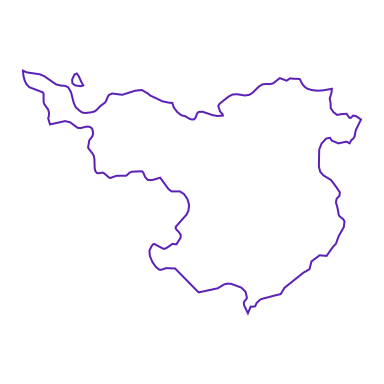 the Autonomous Community of Gerona
{"feature_id": "ESP-5820", "entity_name": "Gerona", "entity_type": "Autonomous Community", "adm_level": 1, "iso_a3": "ESP", "parent_name": "Spain", "parent_adm1": "", "projection": "orthographic", "projection_center": [2.529, 42.07], "detail": "fine", "context": "isolated", "style": "outline", "palette": "violet", "viewbox_px": 384, "rotation_deg": 0, "n_neighbors": 0, "source": "natural_earth", "source_scale": "10m", "svg_char_len": 2915}
<svg xmlns="http://www.w3.org/2000/svg" viewBox="0 0 384 384"><path d="M23.0,70.7L26.9,72.4L39.9,74.3L44.3,76.2L56.1,84.4L61.0,85.6L64.9,85.8L68.2,87.3L71.0,92.1L73.7,102.8L75.7,107.2L79.8,110.9L82.4,112.6L85.2,113.0L90.7,112.4L94.2,111.6L96.6,110.0L100.2,106.2L105.2,102.4L106.2,100.7L107.9,96.5L108.9,95.0L112.2,93.5L122.2,94.8L135.2,90.7L141.8,90.0L147.7,93.4L150.2,95.5L162.4,101.3L169.0,102.7L172.3,102.9L173.8,107.5L177.2,112.0L181.2,115.2L185.1,116.2L189.4,118.7L191.7,119.5L193.9,119.4L195.4,118.0L197.1,113.4L198.7,111.9L202.8,111.8L212.5,115.1L217.2,116.0L222.8,115.6L222.7,114.4L220.1,111.5L218.2,106.0L219.8,103.5L228.7,96.5L232.4,94.6L236.7,94.2L245.0,95.5L249.4,94.8L252.7,92.6L259.1,86.4L262.4,84.4L265.8,84.0L269.4,84.1L272.9,83.5L279.8,78.1L286.6,80.7L290.2,78.3L292.5,78.7L298.6,78.9L300.0,79.3L301.4,82.4L303.0,85.0L305.1,87.2L307.6,88.8L312.0,90.1L317.3,90.7L322.8,90.4L331.9,88.8L331.5,92.6L329.7,98.7L330.6,103.2L330.7,108.1L333.4,112.1L337.0,114.9L341.7,114.1L346.6,113.8L349.4,117.8L350.9,117.8L353.1,115.6L355.9,116.1L361.0,119.5L356.1,129.5L355.3,132.3L354.6,136.6L353.1,138.7L351.2,140.3L349.6,143.3L346.3,141.6L338.5,143.4L331.8,140.6L330.0,137.8L326.1,138.6L321.6,143.5L319.2,149.6L319.0,159.8L318.9,166.7L320.2,171.8L323.6,175.5L330.9,179.9L335.0,185.3L339.8,192.2L339.5,195.8L336.7,198.6L335.9,202.3L337.2,206.8L338.4,212.7L338.6,214.6L339.4,216.1L343.4,219.4L344.5,221.5L343.8,227.1L338.6,236.3L336.0,243.6L332.6,247.3L326.6,255.9L319.6,255.3L311.5,261.4L309.5,269.2L303.4,272.7L284.5,287.8L280.7,294.1L273.9,295.7L268.8,297.1L263.3,298.5L261.0,299.2L260.0,299.8L256.7,302.9L256.1,304.1L255.2,306.2L253.2,306.7L250.7,306.6L247.9,313.3L244.1,305.3L243.8,302.7L244.4,301.4L246.4,299.0L246.9,297.6L245.5,291.7L241.3,287.6L231.4,283.9L227.7,283.6L224.3,284.3L217.7,288.3L198.6,292.4L175.1,268.5L166.2,268.1L161.1,269.8L159.4,269.7L155.9,267.0L152.4,262.0L149.9,256.1L149.4,250.8L151.3,246.6L152.9,244.5L154.1,243.9L163.7,248.9L166.0,248.3L172.5,243.9L176.4,244.3L180.6,237.8L180.7,234.8L178.5,231.6L176.7,230.0L175.7,228.4L175.8,226.7L186.3,214.9L188.4,210.9L189.1,204.9L187.4,199.0L184.0,194.1L179.9,191.4L171.6,191.4L168.6,189.2L160.2,177.7L152.0,180.1L147.9,180.0L145.1,177.0L143.4,172.8L142.1,171.3L131.8,171.7L129.4,172.8L127.0,175.1L126.1,175.7L116.5,175.8L110.2,178.0L109.1,177.6L103.6,172.9L102.1,172.6L98.4,173.3L96.8,172.9L95.4,171.1L94.7,168.4L94.4,159.2L93.8,155.9L92.7,153.8L88.4,148.3L88.1,147.2L89.3,140.3L92.2,136.5L93.0,134.3L92.9,131.4L92.4,129.6L91.8,128.3L90.8,127.5L89.5,126.8L86.6,126.6L80.5,128.1L77.5,127.8L70.2,122.3L65.1,121.1L50.0,124.4L48.2,118.4L48.8,116.1L49.0,113.9L48.8,111.7L48.1,109.5L44.5,104.5L43.6,102.3L43.6,94.0L42.8,92.3L29.3,87.2L26.4,84.1L24.5,80.1L23.4,75.5L23.0,70.7ZM76.8,73.5L78.9,76.5L81.0,81.3L83.3,85.4L82.6,85.7L80.5,86.2L79.9,86.1L75.2,85.4L72.4,83.3L72.1,79.7L74.4,74.6L76.8,73.5Z" fill="none" stroke="#5b21b6" stroke-width="2"/></svg>